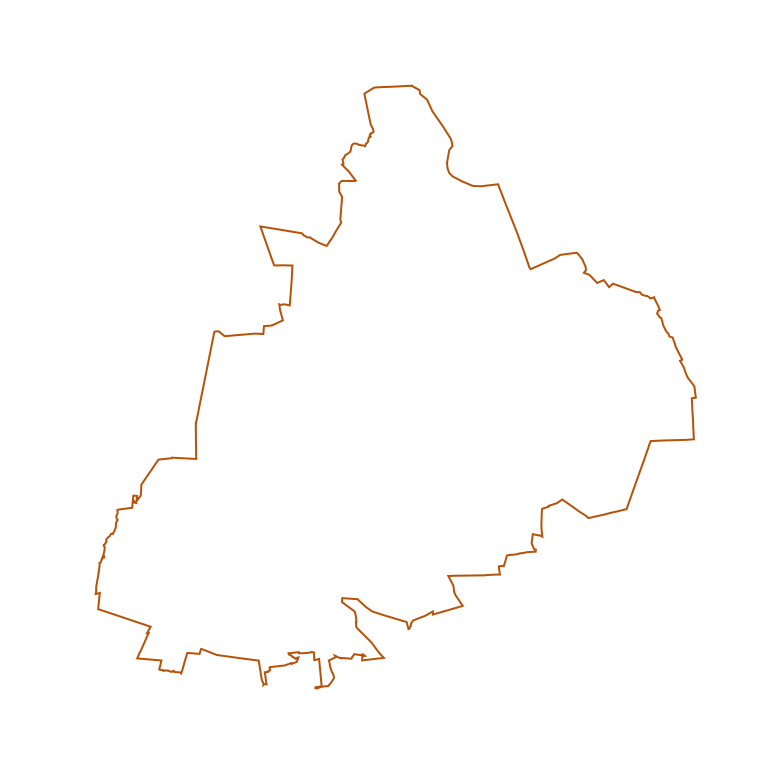 outline of Apaseo el Grande, Guanajuato, Mexico, rotated 354°
{"feature_id": "50627088B68600935642938", "entity_name": "Apaseo el Grande", "entity_type": "district", "adm_level": 2, "iso_a3": "MEX", "parent_name": "Mexico", "parent_adm1": "Guanajuato", "projection": "albers", "projection_center": [-100.631, 20.591], "detail": "fine", "context": "isolated", "style": "outline", "palette": "amber", "viewbox_px": 768, "rotation_deg": 354, "n_neighbors": 0, "source": "geoboundaries", "source_scale": "gbopen_adm2", "svg_char_len": 6055}
<svg xmlns="http://www.w3.org/2000/svg" viewBox="0 0 768 768"><g transform="rotate(354 384 384)"><path d="M361.9,193.5L357.7,216.1L358.3,219.0L351.7,227.6L349.1,231.4L345.5,236.0L345.3,235.9L343.2,238.6L342.7,239.0L342.4,239.8L341.5,240.6L340.6,240.3L333.6,236.6L328.1,232.5L325.6,230.4L324.1,230.4L322.2,229.7L320.8,228.4L319.6,227.8L318.3,225.6L277.5,214.4L286.0,250.1L287.2,254.6L296.7,255.5L305.3,256.6L303.0,271.3L298.5,296.0L294.2,294.6L292.7,294.3L291.1,294.5L288.7,294.4L288.2,294.0L288.3,298.6L288.4,300.0L290.1,310.1L280.4,313.5L277.8,314.1L270.7,313.9L269.2,321.7L261.0,320.4L230.6,319.8L225.1,314.4L222.1,314.1L220.7,314.5L200.0,380.7L198.8,384.5L196.8,391.1L193.1,402.8L192.8,402.8L190.9,422.1L189.4,438.9L165.3,435.1L165.0,435.6L151.8,435.6L132.2,458.7L130.5,469.4L126.2,474.1L125.9,473.2L126.7,469.5L123.1,468.8L122.0,473.9L123.1,474.2L124.7,475.5L125.0,476.4L121.7,475.3L120.6,480.8L107.7,481.1L105.7,481.4L105.6,482.9L105.7,483.9L105.5,484.8L105.3,485.3L104.0,487.3L103.8,488.9L104.9,491.3L103.2,493.7L103.0,494.3L102.4,497.8L101.7,499.8L100.1,502.7L99.5,503.4L99.0,504.4L98.7,504.8L98.0,504.4L97.6,504.4L97.0,504.6L96.4,505.1L95.4,506.5L93.0,508.1L91.8,509.4L91.4,509.9L91.5,511.8L91.4,512.2L91.2,512.4L90.8,512.5L89.6,514.2L88.8,514.5L88.3,515.1L89.2,517.6L88.5,520.6L87.2,524.3L87.7,527.2L85.9,527.6L86.7,525.0L85.3,528.7L85.0,528.6L83.8,531.6L83.6,531.8L82.8,532.0L82.2,532.4L82.4,533.7L81.9,536.0L80.1,543.3L76.9,554.5L76.2,557.6L76.5,558.4L75.3,562.7L79.5,562.1L76.2,578.0L126.5,601.0L122.3,607.0L123.9,607.0L114.0,624.3L112.4,626.4L112.1,627.4L111.3,628.5L109.9,631.1L133.7,635.7L131.9,641.0L130.6,644.2L131.6,645.0L133.3,645.1L133.8,645.3L134.1,645.3L134.3,645.9L134.6,646.3L137.2,646.0L139.9,646.8L140.7,647.1L141.6,647.9L142.5,648.0L143.3,647.8L144.0,648.0L144.5,647.2L145.2,647.5L146.0,648.8L147.1,648.8L149.1,649.2L150.5,649.3L151.1,649.7L152.0,650.7L154.9,644.1L156.7,639.3L160.3,630.9L172.4,633.1L174.3,628.5L174.9,628.5L189.4,636.0L211.6,641.5L230.5,646.0L231.5,665.1L232.9,670.2L232.8,670.5L233.5,670.0L235.8,670.4L235.6,668.1L235.4,658.3L238.9,658.1L238.9,657.5L240.7,656.9L240.7,656.0L240.8,655.7L240.5,654.5L240.7,653.7L256.1,653.5L262.8,651.8L263.0,652.7L268.3,651.2L270.3,647.0L268.3,647.4L267.9,647.9L267.3,648.1L265.8,646.5L265.1,646.0L264.8,646.2L264.0,645.2L263.9,644.8L261.1,643.0L260.9,641.8L270.9,641.8L271.2,641.8L271.4,643.0L279.9,643.5L283.5,643.2L283.8,642.9L286.3,643.7L285.8,651.3L286.7,651.3L290.7,650.6L290.4,678.3L284.3,678.4L284.0,678.7L283.9,679.1L285.4,679.9L287.9,679.1L291.0,678.5L293.5,678.5L297.1,678.6L297.4,678.1L300.3,675.4L303.6,671.1L303.4,668.1L302.1,664.9L301.4,662.4L300.9,659.5L300.7,657.2L300.7,655.1L300.2,653.2L307.2,650.8L307.2,649.8L306.9,649.2L312.4,652.4L312.6,652.4L312.5,651.9L322.9,653.8L324.2,651.7L325.1,650.9L326.1,649.6L333.4,651.4L333.7,650.8L335.0,650.7L336.6,652.4L334.0,652.6L333.3,656.6L352.0,656.4L352.6,656.5L355.2,656.4L351.5,651.4L349.8,648.8L344.8,640.2L331.9,624.2L331.0,622.6L331.3,617.2L331.8,617.2L331.7,611.0L331.0,607.1L319.4,596.5L320.1,592.6L335.4,595.3L335.5,595.7L342.3,603.5L343.7,604.8L348.6,609.0L359.8,614.0L381.6,623.1L382.7,630.2L383.4,630.2L385.4,627.3L385.4,626.0L386.7,624.0L388.0,622.3L394.6,620.4L400.9,618.8L408.8,615.3L408.6,618.4L438.2,613.1L439.1,612.8L433.1,601.6L432.0,598.1L432.0,593.3L431.7,591.1L430.7,588.8L427.9,581.7L434.5,582.1L463.9,584.8L467.4,584.8L476.3,585.3L479.3,585.7L479.1,577.4L483.2,577.2L484.0,577.8L486.0,573.4L488.3,567.4L492.7,567.0L493.1,567.3L497.9,567.2L502.4,566.5L503.1,566.8L507.6,566.3L509.2,566.2L517.3,566.6L517.7,564.6L516.1,564.1L514.3,558.5L514.2,557.6L516.3,548.9L521.8,550.7L522.3,550.9L523.0,550.7L525.5,552.4L525.5,544.8L525.8,540.7L527.4,528.9L528.3,524.6L534.9,523.3L535.0,522.4L543.5,520.6L549.2,517.5L560.0,526.9L565.0,531.4L570.7,535.9L571.9,537.0L571.9,537.3L573.4,538.7L589.1,536.9L596.2,535.8L604.3,534.9L611.0,533.9L612.1,533.9L628.8,498.9L635.6,484.9L637.1,481.6L640.9,473.5L640.9,473.3L643.2,468.6L657.8,469.5L677.8,471.1L686.4,471.4L687.0,459.6L687.4,454.9L688.0,440.9L688.3,437.1L688.5,431.8L688.7,430.3L692.6,430.3L692.7,430.1L692.4,418.8L689.6,414.0L689.1,413.3L687.1,410.1L686.0,407.3L684.8,403.2L684.0,399.2L682.4,395.3L680.8,391.8L683.2,391.0L683.2,390.7L682.6,389.4L678.0,377.6L677.2,372.8L676.9,372.5L676.0,368.0L672.8,366.6L672.1,363.8L670.3,361.4L668.9,357.9L667.7,354.5L667.5,352.6L667.5,351.9L666.6,347.3L665.2,346.6L664.5,344.9L663.5,343.6L662.9,342.4L663.8,341.3L664.0,340.0L666.1,339.2L664.9,335.2L661.9,327.1L661.8,326.0L658.1,326.8L657.6,326.5L656.5,325.2L654.7,323.8L653.4,323.7L649.7,322.1L648.6,320.1L648.1,319.4L644.3,318.9L622.3,308.2L618.0,311.2L613.4,303.6L606.6,305.8L599.7,296.9L594.4,294.3L596.4,292.4L596.8,291.8L596.7,288.8L596.5,287.5L595.3,284.2L594.4,281.0L590.3,274.4L589.0,273.6L572.7,274.0L566.7,277.1L541.9,285.1L540.8,283.3L537.0,266.9L533.0,250.9L532.7,249.4L523.9,218.1L518.3,197.3L501.2,197.5L494.1,196.5L492.1,195.8L482.1,190.2L473.9,184.7L471.0,181.0L470.5,179.5L469.7,175.8L469.8,170.5L473.1,159.1L473.8,157.6L477.0,154.6L476.6,150.0L476.1,147.2L469.5,134.0L460.5,117.5L456.6,105.8L450.4,99.5L450.2,98.7L450.0,95.4L442.8,90.5L442.9,90.3L437.4,89.9L430.1,89.6L412.3,88.5L408.4,88.3L407.7,88.1L404.7,88.4L394.8,93.2L397.9,124.6L399.4,128.2L399.7,129.3L400.0,132.0L399.7,132.5L398.9,132.9L398.3,133.1L397.7,133.0L397.2,133.3L396.8,133.6L396.7,133.9L396.7,134.2L396.3,134.4L396.2,134.6L395.9,134.8L396.1,135.2L395.8,135.9L396.5,136.5L396.2,136.9L394.9,137.3L394.3,137.9L394.3,138.4L393.4,141.3L392.5,142.4L391.5,142.8L390.0,145.6L389.1,144.9L388.3,144.6L387.0,144.5L385.1,143.7L384.3,143.7L382.8,142.6L381.7,142.1L381.2,142.0L380.4,141.9L379.6,141.7L378.9,141.8L377.6,142.5L376.9,143.3L376.1,145.4L375.7,147.1L374.9,149.2L372.7,150.8L369.7,152.2L369.2,152.6L368.8,153.4L367.9,154.7L367.8,155.0L366.2,156.2L366.5,159.1L366.8,160.8L366.3,161.1L365.2,161.4L369.5,167.0L370.7,168.2L376.6,178.0L377.2,178.8L376.8,179.2L366.8,178.0L363.2,177.6L360.2,180.0L360.1,182.2L359.5,187.8L361.9,193.5Z" fill="none" stroke="#b45309" stroke-width="2"/></g></svg>